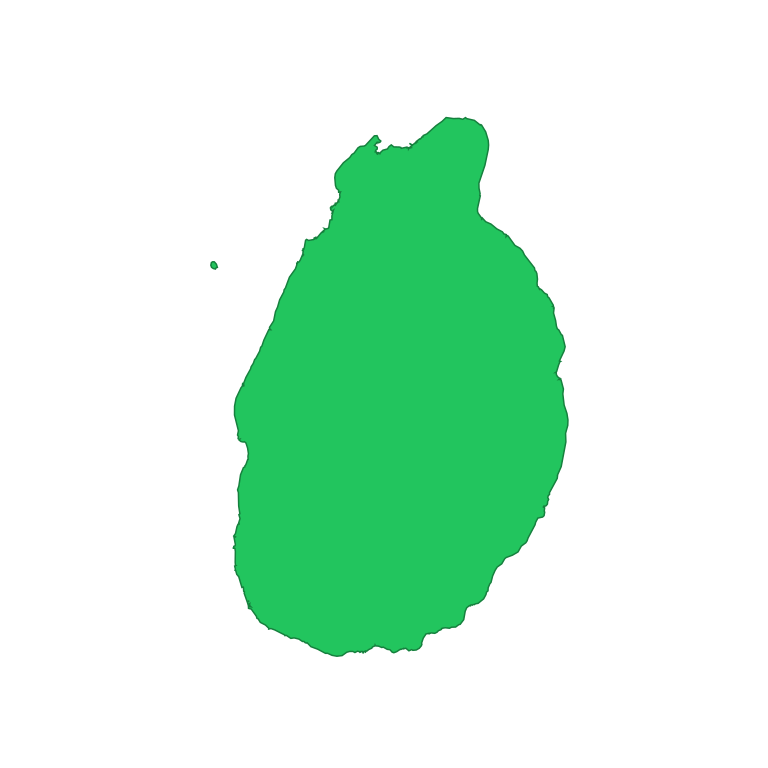 Camiguin, Camiguin, Philippines, rotated 218°
{"feature_id": "2640588B70398489528347", "entity_name": "Camiguin", "entity_type": "district", "adm_level": 2, "iso_a3": "PHL", "parent_name": "Philippines", "parent_adm1": "Camiguin", "projection": "equal_earth", "projection_center": [124.72, 9.168], "detail": "fine", "context": "isolated", "style": "filled", "palette": "green", "viewbox_px": 768, "rotation_deg": 218, "n_neighbors": 0, "source": "geoboundaries", "source_scale": "gbopen_adm2", "svg_char_len": 6172}
<svg xmlns="http://www.w3.org/2000/svg" viewBox="0 0 768 768"><g transform="rotate(218 384 384)"><path d="M324.5,120.6L324.0,119.9L322.5,121.7L318.9,122.9L307.8,125.1L307.2,124.7L306.2,125.8L300.8,126.2L298.5,128.6L294.0,130.6L289.8,130.9L288.4,131.9L286.9,131.6L285.6,132.1L285.3,132.8L279.9,132.0L273.0,134.2L264.4,135.7L262.6,137.1L257.9,138.2L253.5,140.5L249.8,144.2L248.2,149.7L246.4,152.1L243.9,154.1L241.6,154.5L240.4,157.1L238.1,158.2L237.8,157.8L237.3,158.4L237.5,159.0L236.2,160.0L235.0,159.2L234.3,159.9L235.0,159.6L235.3,160.4L234.2,162.2L233.6,161.8L233.5,160.5L233.6,162.7L233.1,163.0L232.5,165.4L231.0,168.3L231.2,169.7L230.0,171.9L230.3,172.7L229.6,172.3L226.9,174.1L223.5,175.0L222.6,176.2L218.1,176.9L215.7,178.3L212.5,177.7L210.8,178.3L209.2,180.9L207.8,185.1L207.3,185.2L205.8,187.7L205.5,187.4L204.1,189.2L200.1,189.1L198.7,191.7L197.3,191.9L194.8,194.3L193.5,197.5L193.4,200.7L193.9,202.2L194.9,203.0L196.6,207.9L197.0,212.9L195.0,215.3L194.6,215.0L193.7,216.8L190.5,218.8L189.4,221.0L189.2,223.2L187.9,225.3L187.7,226.2L188.1,226.7L187.6,227.5L185.7,229.6L182.0,231.9L181.0,234.0L177.9,236.6L176.9,240.4L176.0,241.5L176.1,247.4L180.1,254.9L181.1,258.7L180.3,261.7L179.7,262.5L178.9,261.9L179.7,262.9L179.2,263.8L178.3,264.0L178.0,265.1L176.9,265.9L176.7,267.0L174.8,269.1L173.2,276.0L174.0,280.8L175.1,283.1L174.7,285.0L176.5,287.6L177.6,291.8L177.5,293.5L180.2,299.6L181.7,305.5L182.1,309.5L180.5,314.8L181.3,320.7L180.9,322.5L177.4,328.2L175.0,334.2L176.0,340.8L174.5,346.2L174.7,348.5L175.7,351.4L178.3,366.0L179.4,368.5L180.2,373.1L177.1,376.8L176.8,378.8L178.5,382.0L179.4,382.4L181.1,385.2L182.7,385.2L182.8,386.1L181.3,386.2L182.4,386.5L181.3,387.9L181.3,390.0L182.8,392.3L183.2,394.4L185.1,395.4L185.8,397.0L185.6,399.0L186.7,400.2L189.4,416.3L191.1,419.1L191.0,418.2L193.5,428.0L205.0,450.3L210.6,457.0L213.7,464.5L216.9,468.9L221.7,473.4L229.1,478.3L237.0,486.3L239.5,490.5L247.0,496.2L248.3,496.6L248.1,495.8L248.3,495.2L248.3,496.2L248.9,495.5L248.7,496.6L251.8,496.6L253.9,497.5L255.5,499.2L255.9,498.8L255.6,500.0L258.1,506.4L259.1,509.8L258.8,510.5L260.0,510.1L262.4,520.8L264.2,524.9L273.4,532.2L274.7,532.1L279.5,534.2L281.4,534.2L283.7,535.7L288.0,539.8L294.1,544.3L296.4,548.0L296.7,547.3L296.8,548.4L297.7,549.2L298.7,549.0L298.4,549.5L299.1,550.3L307.0,553.5L308.7,553.5L310.5,555.0L313.5,554.4L317.8,555.2L319.9,555.0L319.9,554.4L322.2,555.6L323.3,555.4L325.5,557.7L327.6,561.1L331.5,565.1L333.6,566.3L334.9,566.3L336.9,568.1L352.7,572.1L356.6,574.1L360.4,574.7L366.1,573.8L377.2,577.0L378.4,576.8L378.5,575.3L379.7,577.0L381.9,576.1L384.4,576.8L390.6,575.7L398.1,575.9L403.7,574.5L409.7,575.5L408.3,574.7L408.5,574.0L409.1,574.8L414.9,576.5L416.5,577.5L418.4,579.9L424.0,591.6L424.6,591.5L425.5,593.2L429.6,596.7L432.9,600.7L439.1,618.4L446.2,632.9L448.7,636.7L451.8,640.1L459.1,645.3L466.5,648.1L467.4,648.0L467.5,647.3L475.1,647.4L482.1,644.1L483.8,644.1L484.9,641.1L488.3,639.6L492.7,635.9L499.1,632.2L499.9,626.7L502.0,619.7L504.2,607.4L506.1,603.9L505.5,602.6L506.2,602.1L506.1,599.9L506.7,598.5L506.7,599.6L507.7,595.6L507.0,595.3L507.5,594.9L507.3,594.1L507.8,594.3L507.7,593.0L508.5,593.3L508.0,593.1L508.3,591.1L508.9,589.8L512.1,589.3L508.6,589.1L509.3,586.6L508.2,586.8L509.3,585.3L509.8,586.2L509.5,584.5L510.2,585.3L511.2,584.2L511.8,584.8L515.5,580.3L516.3,580.8L517.9,580.1L522.2,576.9L525.5,576.9L526.2,574.2L526.0,571.3L528.8,567.6L529.3,564.6L529.0,562.9L530.4,563.1L530.5,561.2L531.4,561.1L531.5,562.4L532.5,561.7L533.2,562.2L533.8,561.6L534.4,562.9L534.0,565.0L535.1,566.4L538.4,566.1L538.3,569.3L537.8,569.4L538.3,570.1L537.6,570.9L536.7,570.8L535.9,572.5L536.1,573.5L538.8,573.6L542.4,575.4L544.4,573.6L545.5,560.6L546.2,559.2L549.0,556.6L549.9,554.1L549.7,547.6L550.6,545.0L550.4,541.3L552.2,533.4L552.3,522.8L551.8,519.7L549.8,516.3L544.5,510.6L541.9,508.9L539.2,508.8L537.8,507.2L536.5,508.6L535.8,506.3L533.8,504.2L532.9,501.3L533.4,500.6L531.9,499.7L532.6,499.1L532.3,498.0L533.7,496.4L533.3,495.7L532.6,496.6L532.3,494.8L533.4,494.4L533.8,491.9L534.2,492.3L534.7,491.7L534.8,490.1L534.1,489.6L534.7,489.1L533.7,489.4L533.2,488.5L531.3,488.4L530.9,489.7L530.4,487.6L530.2,488.2L528.5,484.3L526.2,481.4L527.5,480.0L523.8,473.2L523.8,472.3L525.2,470.3L526.6,469.8L525.7,469.6L526.1,467.2L525.7,467.7L525.3,466.9L526.6,464.4L526.8,457.0L527.4,456.9L528.1,455.2L528.7,455.9L528.1,457.5L527.7,457.2L528.1,457.6L528.9,455.9L528.2,455.1L528.5,454.4L531.8,450.7L534.0,450.3L534.3,449.0L530.9,442.7L530.5,441.3L530.9,440.7L530.1,440.4L530.6,439.4L530.2,438.3L530.2,439.2L529.3,438.9L528.5,437.1L527.2,436.4L527.7,436.0L527.5,435.4L526.3,434.9L527.6,435.0L526.2,429.8L526.2,427.5L527.2,427.1L526.5,425.7L527.1,425.4L526.0,424.1L524.7,420.2L524.3,410.0L520.8,399.0L520.7,396.7L519.6,394.8L518.1,386.2L515.2,379.0L514.1,374.3L509.8,365.8L509.1,358.3L508.5,357.3L506.7,357.0L508.2,355.8L505.7,344.7L503.6,338.8L503.8,337.0L502.2,333.3L500.8,325.1L501.0,323.7L499.7,319.8L499.3,315.7L498.4,313.7L496.9,304.3L495.0,298.0L492.9,295.8L495.3,296.7L494.3,295.0L494.4,293.2L491.8,281.7L488.1,274.5L482.7,267.5L469.9,257.5L468.0,253.6L466.4,253.0L465.3,251.1L463.9,251.1L463.6,251.6L463.5,250.6L461.3,250.6L459.2,251.6L458.5,252.6L456.4,252.5L452.0,249.5L448.0,245.7L446.8,243.4L444.6,240.9L444.9,240.5L443.2,235.4L443.2,233.8L442.6,233.0L443.3,231.6L441.2,224.2L435.6,214.3L434.2,210.4L431.9,208.8L423.4,198.4L417.7,193.0L417.9,191.7L414.6,189.3L412.7,184.4L411.4,184.8L412.6,183.9L412.6,183.2L412.0,181.0L409.0,174.8L408.8,171.8L406.2,172.3L408.3,171.3L402.4,166.1L401.7,164.9L402.4,163.6L401.6,162.4L402.1,161.5L400.3,162.7L398.1,160.6L391.5,151.9L389.5,149.7L389.0,149.8L389.6,148.6L387.1,146.6L386.7,145.5L386.0,145.7L382.9,143.4L379.8,142.7L370.7,136.2L370.0,137.3L369.5,137.1L367.0,134.3L366.1,134.4L365.3,133.0L357.5,128.0L356.8,130.3L357.3,127.9L355.2,126.4L354.6,128.3L353.7,126.8L351.8,126.5L353.1,125.9L354.8,126.3L352.6,123.8L350.0,124.9L341.6,122.4L339.8,121.1L338.7,121.5L334.7,120.0L329.0,121.1L324.5,120.6ZM593.6,371.0L591.8,369.8L589.6,369.9L587.6,370.8L587.8,372.4L587.1,373.3L589.8,375.2L592.9,375.8L594.2,374.9L594.8,373.5L593.6,371.0Z" fill="#22c55e" stroke="#15803d" stroke-width="1.5"/></g></svg>